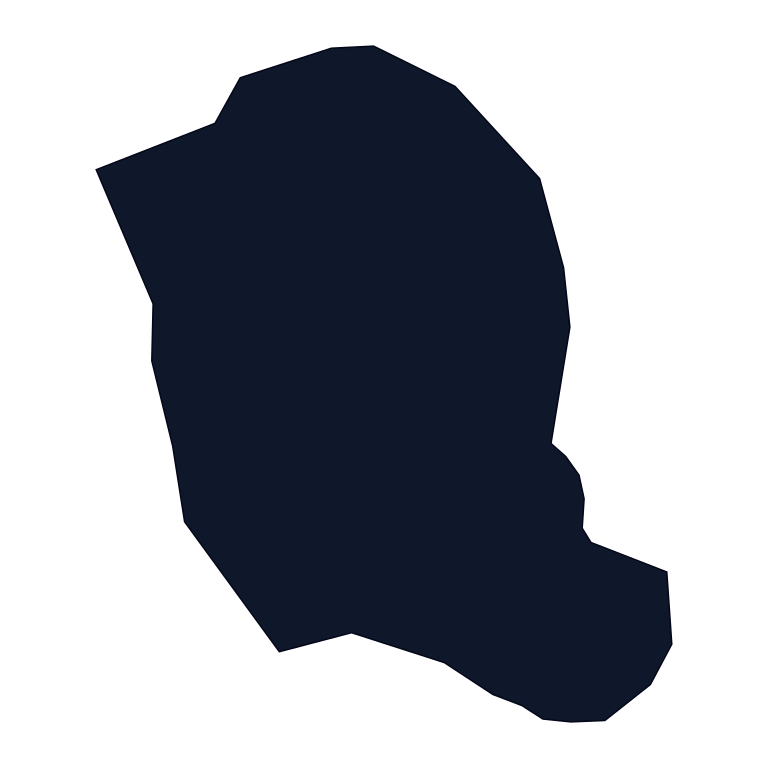 an SVG outline of Ig
{"feature_id": "SVN-953", "entity_name": "Ig", "entity_type": "Municipality", "adm_level": 1, "iso_a3": "SVN", "parent_name": "Slovenia", "parent_adm1": "", "projection": "natural_earth1", "projection_center": [14.53, 45.933], "detail": "fine", "context": "isolated", "style": "filled", "palette": "ink", "viewbox_px": 768, "rotation_deg": 0, "n_neighbors": 0, "source": "natural_earth", "source_scale": "10m", "svg_char_len": 498}
<svg xmlns="http://www.w3.org/2000/svg" viewBox="0 0 768 768"><path d="M373.6,46.1L455.0,86.4L539.6,178.6L563.6,267.8L569.9,327.1L551.0,443.5L565.7,456.5L579.0,475.1L584.1,498.8L582.2,528.2L591.0,542.5L666.8,572.0L671.8,644.2L650.4,684.5L604.9,720.5L570.8,721.9L542.8,719.0L522.0,705.6L492.9,694.5L444.3,662.6L351.5,632.7L279.3,651.7L184.6,521.8L172.7,446.2L151.8,360.9L153.1,303.8L96.2,169.7L215.0,123.3L240.3,77.7L331.4,48.2L373.6,46.1Z" fill="#0f172a" stroke="#020617" stroke-width="1.5"/></svg>